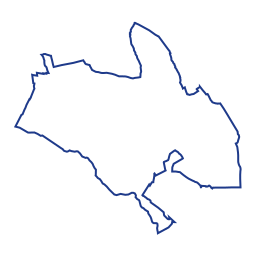 Vadu Moldovei, Suceava, Romania (Albers equal-area conic projection)
{"feature_id": "2599482B82273337818064", "entity_name": "Vadu Moldovei", "entity_type": "district", "adm_level": 2, "iso_a3": "ROU", "parent_name": "Romania", "parent_adm1": "Suceava", "projection": "albers", "projection_center": [26.396, 47.385], "detail": "fine", "context": "isolated", "style": "outline", "palette": "blue", "viewbox_px": 256, "rotation_deg": 0, "n_neighbors": 0, "source": "geoboundaries", "source_scale": "gbopen_adm2", "svg_char_len": 5682}
<svg xmlns="http://www.w3.org/2000/svg" viewBox="0 0 256 256"><path d="M157.9,233.2L168.6,227.4L169.2,226.7L171.4,224.3L171.9,223.7L172.1,222.5L172.1,222.1L172.5,222.0L173.6,222.1L174.5,222.1L169.2,217.2L169.4,218.0L169.3,219.2L168.3,219.2L167.6,218.9L166.2,217.5L164.3,215.6L164.0,214.8L163.7,212.3L158.2,207.7L150.7,202.4L150.6,201.2L150.4,200.6L149.5,199.8L148.5,199.3L147.5,199.0L146.3,197.8L145.4,197.3L144.3,196.3L142.9,195.8L142.4,195.2L149.2,184.5L149.9,185.6L151.9,182.3L153.3,182.2L153.4,181.0L154.0,178.0L154.4,175.1L154.4,174.7L154.3,174.1L154.3,173.7L154.5,173.5L154.9,174.1L155.8,175.2L155.8,175.5L165.6,170.5L165.2,169.5L164.5,166.0L163.8,162.5L163.9,162.0L164.7,161.6L166.1,161.1L168.1,160.1L168.5,159.3L169.2,156.4L170.0,153.9L173.5,151.3L174.7,150.5L175.2,150.3L175.6,150.6L176.0,151.0L176.5,151.3L177.0,151.5L178.2,152.3L179.2,153.7L179.4,153.8L179.6,153.9L180.0,154.1L180.5,154.6L181.1,155.2L182.3,157.1L182.9,158.4L182.8,158.5L182.0,159.0L173.7,163.8L172.4,167.1L172.3,167.7L172.2,171.0L172.2,171.5L174.9,171.5L175.6,171.5L178.5,172.0L179.7,172.1L180.0,172.2L180.4,172.5L181.3,173.3L183.8,175.3L185.6,176.6L186.1,177.0L188.7,178.7L190.3,179.5L192.9,180.8L193.6,181.0L195.1,181.9L195.5,182.0L196.7,182.3L197.2,182.6L197.9,183.1L200.2,185.4L200.6,185.9L200.7,186.8L200.9,187.3L201.0,187.3L201.2,187.1L201.7,185.8L202.2,185.9L204.0,186.0L205.5,186.1L206.3,186.3L206.3,186.6L207.7,186.5L208.8,185.7L209.2,185.6L209.6,185.8L210.7,186.8L211.3,187.8L211.7,188.1L212.3,188.5L213.0,187.6L214.4,187.7L215.1,187.6L224.7,187.6L231.7,187.4L240.5,187.4L240.2,179.0L240.2,174.6L240.4,171.0L240.6,169.6L240.5,168.1L240.3,167.5L240.1,166.8L239.3,165.6L238.8,164.3L238.3,162.4L238.2,161.4L238.2,155.4L238.0,152.4L237.3,147.0L235.8,143.5L237.0,143.0L237.5,142.5L237.8,141.9L238.2,140.2L238.7,138.7L239.1,137.4L239.2,136.9L238.8,135.1L237.9,134.2L237.7,132.6L237.6,131.6L236.4,129.6L233.9,125.5L229.4,118.0L227.5,114.8L223.7,108.6L220.2,103.4L219.3,103.6L218.9,103.6L218.5,103.5L217.6,103.7L216.9,103.4L216.2,103.5L214.4,103.0L212.9,102.5L212.4,102.2L212.0,101.8L211.7,101.2L210.7,100.1L208.8,96.2L207.7,94.1L207.4,94.0L206.8,94.4L206.5,94.4L206.1,94.4L205.1,93.0L202.7,90.2L199.9,86.6L199.9,86.9L199.9,87.0L197.0,88.8L196.7,89.1L198.1,91.1L193.6,94.0L191.7,94.3L189.7,94.9L188.8,94.7L188.1,94.3L187.4,94.4L187.1,94.2L187.0,93.9L186.9,93.4L186.4,92.4L185.0,88.2L184.8,87.4L182.9,88.5L182.8,88.1L182.1,86.5L181.8,85.7L181.5,85.0L181.1,84.5L180.7,83.7L180.4,83.3L180.0,82.5L180.2,82.1L180.5,80.8L180.5,80.1L180.5,79.7L180.2,78.6L180.3,77.7L180.1,77.5L179.9,76.9L180.0,76.5L178.5,72.8L177.9,72.0L177.7,71.6L177.1,70.4L176.8,70.0L176.7,69.5L176.3,69.0L175.9,68.3L175.2,67.6L175.1,67.4L175.3,66.5L174.5,65.0L174.5,64.3L174.4,64.1L173.5,63.3L173.3,63.0L173.0,62.0L172.7,61.6L172.4,61.3L172.1,61.0L171.6,60.4L171.4,59.8L171.3,58.2L171.2,57.6L170.7,56.0L170.1,54.5L170.0,54.1L169.9,53.6L170.5,53.3L170.5,53.2L170.0,52.7L169.6,51.2L168.4,49.7L158.6,36.4L158.0,36.1L157.6,36.1L156.7,35.4L155.6,34.9L149.2,30.3L138.9,24.7L137.9,24.2L137.1,23.9L135.2,22.9L134.8,22.8L134.5,23.0L134.4,23.7L134.4,24.2L133.6,25.1L133.4,25.8L132.4,27.2L131.8,28.0L131.5,28.6L131.3,29.0L130.8,29.8L130.8,31.0L130.9,31.4L130.8,31.6L130.5,31.8L130.4,32.1L130.5,32.6L130.4,32.8L129.9,33.0L129.9,33.5L129.9,33.9L129.9,34.2L129.9,34.3L130.3,34.5L130.4,34.9L130.1,35.2L130.1,35.6L129.9,36.0L130.6,38.4L131.1,42.7L131.3,44.0L131.5,44.4L131.9,45.1L132.2,45.4L133.1,47.0L133.5,48.0L133.8,48.3L134.0,50.3L134.2,50.7L135.2,52.4L135.4,52.8L135.4,53.8L135.5,54.2L136.1,55.1L136.7,55.8L136.8,56.1L137.0,56.9L137.1,57.6L137.4,58.4L138.0,59.5L138.7,60.7L139.8,63.3L140.9,65.6L140.9,66.0L140.6,67.3L140.9,69.6L141.1,71.0L141.1,71.8L140.9,72.4L140.5,73.6L140.5,75.0L140.4,76.3L140.3,77.1L138.2,77.5L134.8,77.9L133.0,78.4L132.3,78.3L130.7,78.0L127.9,77.0L125.8,76.5L124.5,76.4L119.7,76.3L119.0,76.3L116.9,75.5L115.3,74.8L112.0,73.8L107.8,73.0L106.7,72.8L103.7,73.0L102.3,73.0L101.1,72.9L98.4,72.1L97.1,72.0L95.7,71.8L92.0,69.9L91.8,69.4L90.9,67.7L90.1,66.4L89.8,65.3L89.5,65.0L89.2,64.9L88.7,64.9L87.2,64.4L86.5,64.3L86.1,64.2L85.4,63.7L84.8,62.8L84.6,62.2L84.0,61.6L83.3,60.3L73.3,62.9L61.6,65.1L53.7,67.0L53.0,64.5L51.9,59.6L51.4,57.9L51.0,55.8L50.2,55.7L48.9,55.2L47.4,54.8L46.1,54.4L45.6,54.1L45.1,54.0L43.6,54.1L42.6,54.7L41.6,54.8L42.3,55.6L43.3,57.2L43.8,58.9L44.0,59.7L44.3,60.2L44.4,60.8L44.3,61.7L44.4,63.1L44.6,64.5L44.8,65.2L45.0,65.7L46.3,67.0L46.6,67.6L47.4,70.6L48.5,73.0L46.4,72.9L46.4,73.7L43.3,73.3L43.4,73.9L36.9,72.8L37.2,75.7L33.3,75.1L32.2,74.8L33.3,83.2L33.9,83.3L34.2,83.7L34.4,83.7L34.2,85.0L33.9,85.7L33.9,86.1L33.9,86.3L34.2,88.1L34.4,88.7L34.2,89.0L33.9,89.6L30.9,97.1L30.9,97.4L29.5,99.8L29.2,100.0L29.1,99.8L26.5,104.9L25.4,107.9L24.5,109.6L24.3,110.1L22.7,114.0L22.6,114.3L21.4,114.9L15.4,126.6L19.7,127.7L27.9,132.5L28.9,132.6L34.5,132.5L35.1,132.8L37.6,133.9L40.7,135.8L42.4,135.5L61.9,148.7L62.4,148.9L63.0,149.5L63.4,150.1L64.2,150.9L66.9,151.7L68.4,151.2L69.6,150.4L71.4,151.1L74.8,151.7L76.4,151.3L77.8,151.4L80.0,153.4L82.2,156.5L85.6,157.9L86.8,157.6L88.1,158.3L89.5,160.4L91.3,162.1L92.6,163.8L93.6,166.2L94.7,168.2L95.9,169.6L95.8,174.5L95.6,175.5L96.7,176.6L97.8,178.0L99.9,179.2L101.3,181.1L102.7,183.5L104.4,184.4L106.8,186.6L109.4,189.7L114.3,194.5L116.6,195.1L120.6,193.9L125.3,194.8L128.4,194.5L131.7,192.8L133.3,192.8L134.8,193.4L135.7,194.9L135.9,195.5L135.6,197.3L136.4,198.1L137.2,199.1L138.9,200.0L139.4,200.8L140.7,205.9L141.8,207.4L143.5,208.2L145.1,209.8L148.0,211.6L148.3,213.5L150.4,216.6L151.2,218.5L151.8,220.8L152.4,222.2L153.5,223.1L156.7,223.2L157.4,223.9L157.6,225.8L157.1,228.1L157.4,230.4L157.8,231.9L157.9,233.2Z" fill="none" stroke="#1e3a8a" stroke-width="2"/></svg>